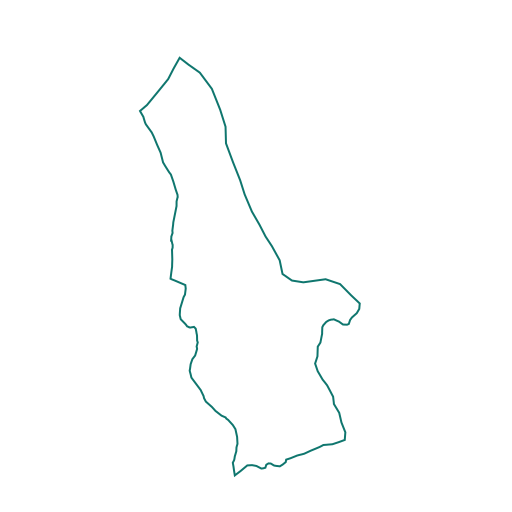 Mont Illi, Mayo-Kebbi Est, Chad, rotated 257°
{"feature_id": "50815135B57632005694692", "entity_name": "Mont Illi", "entity_type": "district", "adm_level": 2, "iso_a3": "TCD", "parent_name": "Chad", "parent_adm1": "Mayo-Kebbi Est", "projection": "orthographic", "projection_center": [15.079, 9.78], "detail": "fine", "context": "isolated", "style": "outline", "palette": "teal", "viewbox_px": 512, "rotation_deg": 257, "n_neighbors": 0, "source": "geoboundaries", "source_scale": "gbopen_adm2", "svg_char_len": 3194}
<svg xmlns="http://www.w3.org/2000/svg" viewBox="0 0 512 512"><g transform="rotate(257 256 256)"><path d="M423.4,175.6L423.0,175.7L417.1,177.5L416.7,177.6L415.6,177.6L411.1,177.9L409.1,178.3L399.8,182.2L395.5,183.2L389.4,184.2L386.9,184.6L378.1,186.3L368.1,186.5L364.3,187.7L359.4,189.4L356.9,190.3L356.3,190.6L354.5,191.4L347.1,192.2L342.2,192.5L338.9,192.7L335.0,193.1L333.2,193.3L331.6,193.0L331.1,193.0L330.3,192.5L329.5,192.1L327.1,190.9L322.5,189.8L307.4,183.0L305.2,182.3L299.5,180.2L297.2,179.9L294.5,178.2L294.1,177.9L293.9,177.9L290.3,176.8L290.3,177.2L286.5,177.2L285.6,177.3L282.8,176.6L280.9,175.5L280.7,175.5L279.1,175.2L271.6,173.7L265.9,172.2L264.3,171.8L260.4,170.3L259.1,169.8L253.1,167.6L252.2,168.7L250.4,171.3L243.6,180.6L241.9,180.4L240.1,180.2L234.3,178.1L233.9,177.7L232.2,176.2L231.5,175.8L223.0,170.9L222.5,170.6L222.2,170.4L218.3,169.2L216.6,168.7L215.5,168.4L213.7,168.4L211.5,168.4L211.2,168.5L206.1,171.6L205.9,171.7L205.6,171.9L204.6,172.4L202.9,173.1L202.5,173.7L202.1,174.3L201.9,174.4L201.9,174.5L201.1,175.6L200.9,178.8L200.9,179.4L200.9,179.6L198.8,180.9L195.1,180.8L194.4,180.7L192.9,180.7L191.6,180.6L186.8,179.6L184.9,179.8L182.3,178.4L181.2,177.8L180.2,177.8L178.7,177.7L176.0,176.2L172.7,174.3L171.2,172.5L169.8,170.8L167.4,169.3L165.3,168.0L161.6,166.6L160.5,166.2L160.4,166.1L159.2,165.6L158.6,165.6L158.0,165.6L155.6,165.7L152.1,165.7L151.1,166.1L145.2,168.7L137.7,172.0L136.2,172.3L131.4,173.4L129.9,173.4L129.1,173.4L125.4,174.4L118.8,179.1L114.1,181.7L113.6,182.1L113.4,182.3L108.2,186.5L105.5,190.1L104.8,190.3L104.4,190.4L103.2,191.4L102.7,191.9L96.5,195.4L91.9,197.0L84.0,196.9L77.1,195.7L76.8,195.5L76.4,195.3L75.2,194.6L74.2,194.1L73.8,193.9L70.2,192.9L66.8,191.0L65.6,190.3L63.1,189.3L62.3,188.9L61.8,188.6L59.8,186.9L58.1,186.8L56.0,186.7L51.5,186.3L48.5,186.1L47.0,186.0L50.0,192.7L53.9,200.4L53.1,205.1L52.2,207.2L51.3,209.2L47.7,213.4L47.5,215.2L47.6,217.5L48.3,217.9L50.3,219.1L51.1,221.5L50.5,223.6L50.2,224.0L48.5,225.7L47.7,226.6L46.8,228.8L46.4,230.0L45.7,231.9L46.8,235.1L48.5,238.6L50.8,239.6L51.2,244.2L52.1,249.9L52.3,251.0L52.4,253.4L52.4,255.8L52.5,258.5L54.0,265.6L54.8,270.4L55.6,275.0L56.1,277.0L56.7,279.1L56.2,282.4L56.0,283.9L55.4,288.0L55.5,289.3L55.7,291.3L56.0,294.6L56.8,301.1L63.8,303.3L64.1,303.4L65.4,303.2L74.6,301.8L79.6,301.8L84.5,301.8L94.3,298.6L95.4,298.8L101.7,299.5L102.6,299.2L108.8,297.6L114.0,296.2L117.3,294.7L120.6,293.1L128.0,290.8L129.9,290.2L131.0,290.1L137.9,289.4L142.2,292.0L144.4,293.3L145.9,293.7L153.8,295.8L155.5,297.6L157.2,299.3L163.7,302.2L165.2,302.9L167.3,303.4L171.7,304.6L173.4,306.0L175.9,309.5L176.5,311.1L177.0,312.9L177.0,313.5L177.1,314.8L176.9,316.1L176.8,317.6L174.8,320.2L173.4,322.1L169.7,325.3L169.2,326.9L168.6,329.4L168.9,331.1L170.0,331.8L172.5,333.3L174.5,335.6L177.6,341.3L181.2,344.7L186.4,346.4L196.2,339.9L209.7,331.6L217.7,318.6L219.7,296.2L224.0,285.5L232.5,277.8L246.5,278.1L262.0,273.7L272.8,269.7L285.8,266.4L300.2,262.0L318.6,258.8L333.4,257.6L352.5,254.7L372.5,252.1L388.8,255.4L406.6,254.0L428.8,250.6L447.3,242.5L457.5,233.4L466.3,226.2L457.1,217.8L448.1,210.2L438.2,197.5L427.6,183.7L423.4,175.6Z" fill="none" stroke="#0f766e" stroke-width="2"/></g></svg>